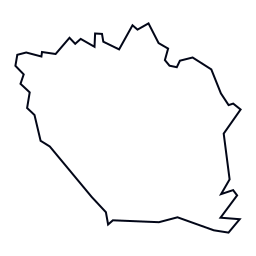 DeKalb, Tennessee, United States of America (Equal Earth projection)
{"feature_id": "52423323B12526845060085", "entity_name": "DeKalb", "entity_type": "district", "adm_level": 2, "iso_a3": "USA", "parent_name": "United States of America", "parent_adm1": "Tennessee", "projection": "equal_earth", "projection_center": [-85.84, 35.98], "detail": "fine", "context": "isolated", "style": "outline", "palette": "ink", "viewbox_px": 256, "rotation_deg": 0, "n_neighbors": 0, "source": "geoboundaries", "source_scale": "gbopen_adm2", "svg_char_len": 703}
<svg xmlns="http://www.w3.org/2000/svg" viewBox="0 0 256 256"><path d="M108.1,224.5L112.9,220.3L158.9,222.2L177.5,217.3L213.8,230.3L228.5,232.6L239.7,219.2L220.5,217.7L237.1,195.4L233.1,190.1L221.1,194.1L229.6,179.4L223.7,133.6L240.6,109.5L233.2,103.6L228.6,105.1L220.9,93.4L211.3,69.4L192.6,57.5L179.9,60.7L176.8,67.2L169.5,65.7L164.9,60.1L168.1,48.6L158.6,43.1L148.5,23.4L137.5,29.6L132.5,25.3L119.1,49.4L103.3,41.7L102.0,33.9L95.1,33.5L94.5,46.8L80.7,38.9L75.2,43.8L69.5,37.8L55.6,54.0L42.0,52.0L41.4,56.5L26.2,52.5L17.3,54.8L15.4,65.8L23.7,74.4L20.5,83.8L29.7,92.4L27.1,108.0L34.5,115.0L40.6,140.8L49.8,146.5L91.9,197.2L105.9,212.2L108.1,224.5Z" fill="none" stroke="#020617" stroke-width="2"/></svg>